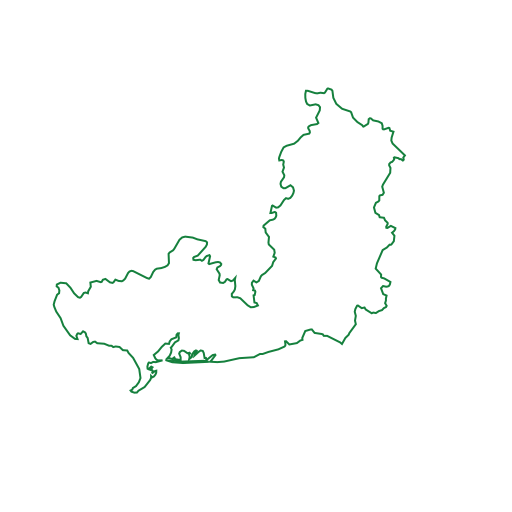 outline of Odessa, rotated 41°
{"feature_id": "UKR-322", "entity_name": "Odessa", "entity_type": "Region", "adm_level": 1, "iso_a3": "UKR", "parent_name": "Ukraine", "parent_adm1": "", "projection": "orthographic", "projection_center": [29.872, 46.718], "detail": "fine", "context": "isolated", "style": "outline", "palette": "green", "viewbox_px": 512, "rotation_deg": 41, "n_neighbors": 0, "source": "natural_earth", "source_scale": "10m", "svg_char_len": 6100}
<svg xmlns="http://www.w3.org/2000/svg" viewBox="0 0 512 512"><g transform="rotate(41 256 256)"><path d="M125.5,409.7L124.4,408.2L126.0,404.4L130.7,401.1L136.8,401.7L143.2,403.5L148.7,403.8L150.5,403.0L150.9,401.6L150.3,396.9L151.3,395.4L153.6,394.4L152.5,392.7L151.5,387.6L148.4,384.7L152.0,379.4L156.0,377.6L156.5,376.7L156.0,374.4L157.4,372.1L163.1,371.7L165.4,370.4L165.7,369.2L165.4,366.1L168.6,365.0L171.3,363.1L171.9,361.5L172.1,359.0L170.6,352.7L170.7,350.7L171.7,348.9L173.2,348.0L188.1,344.2L190.2,343.3L190.4,340.9L188.9,335.5L188.8,332.5L189.5,330.6L192.4,327.3L194.4,324.0L195.4,321.1L195.0,318.5L188.6,311.7L188.5,310.0L189.7,306.1L189.6,304.2L187.6,293.9L188.1,290.4L189.9,287.8L196.2,283.6L200.8,281.9L208.3,277.8L210.1,277.8L211.4,279.5L212.0,282.1L211.8,293.9L209.9,297.4L209.9,298.7L211.3,299.9L213.2,298.8L216.3,295.4L218.3,295.1L218.9,293.5L218.6,289.9L218.8,288.4L220.3,285.9L221.5,286.3L225.0,292.8L226.0,292.8L229.7,287.2L231.3,285.4L233.1,284.5L235.0,284.8L235.5,285.6L235.5,287.2L234.4,290.0L235.0,291.8L240.1,293.3L241.3,294.4L243.6,298.6L246.3,299.6L248.9,297.9L249.5,295.9L249.1,292.9L249.6,292.1L253.7,291.4L254.7,289.6L254.7,286.2L255.8,288.1L260.2,292.3L262.0,295.1L262.5,297.3L262.6,300.5L264.3,302.3L266.0,302.1L269.1,299.3L271.9,298.2L282.0,298.7L285.7,298.1L287.9,295.9L289.9,292.1L287.4,291.1L285.3,292.1L280.0,287.3L280.6,286.3L279.0,283.4L277.9,282.8L276.3,283.7L275.4,282.0L271.7,280.4L270.5,278.9L270.3,276.2L273.6,275.7L274.5,273.0L273.0,268.1L273.0,266.5L274.1,262.8L274.6,252.9L273.0,249.3L272.7,244.8L271.8,244.3L269.5,245.1L268.0,241.3L265.6,239.3L258.1,238.9L256.6,237.7L253.3,233.1L247.9,231.9L245.1,229.3L242.6,229.4L241.8,228.1L243.0,220.0L244.9,217.5L245.6,215.8L245.5,214.0L244.9,212.3L242.8,210.2L241.3,210.4L239.6,213.3L238.7,214.1L235.2,207.7L235.4,207.0L239.5,206.3L240.8,204.8L241.3,201.8L240.4,195.4L240.7,192.7L242.8,191.7L243.8,189.6L243.7,186.7L242.9,183.9L241.8,181.8L238.9,179.9L235.6,180.0L233.7,185.5L232.3,186.8L229.6,187.1L227.2,185.5L226.1,183.6L225.5,178.2L224.4,176.5L220.7,175.0L219.1,170.9L216.6,169.2L215.1,166.6L213.9,166.0L212.5,166.6L210.9,168.6L209.4,167.4L208.7,166.1L206.7,160.8L205.6,155.9L206.8,152.7L211.1,146.2L212.0,141.6L211.9,137.2L212.4,133.4L215.9,128.7L215.6,127.4L214.5,126.4L211.7,125.4L210.9,124.6L210.9,123.2L211.7,121.1L215.5,116.4L215.8,114.7L210.6,112.2L208.6,104.3L206.7,101.7L204.2,101.2L201.5,102.4L197.9,107.1L194.9,107.7L192.4,106.6L189.5,104.3L186.9,101.4L185.3,98.5L186.8,97.3L193.7,94.3L195.5,93.1L197.5,90.5L200.5,88.5L200.8,87.4L200.1,83.0L200.4,82.3L203.8,80.9L205.3,81.2L210.6,85.9L216.8,88.5L224.4,88.4L232.3,85.1L233.5,85.1L238.4,87.9L244.6,88.4L250.4,87.6L251.9,88.0L252.3,87.8L253.8,82.9L253.4,81.7L251.3,78.8L251.6,77.3L252.5,76.8L255.4,76.8L260.1,74.2L263.8,73.3L266.1,74.7L268.0,76.9L268.8,77.0L269.6,76.4L272.0,72.2L272.7,71.9L275.1,73.4L278.2,72.0L280.7,77.7L282.4,80.1L285.3,81.5L302.4,82.4L302.6,85.1L304.3,86.4L304.2,87.6L301.8,87.8L300.7,88.8L299.4,88.7L295.7,90.7L295.6,91.4L296.7,92.1L297.0,93.2L297.0,95.6L296.2,97.1L296.2,99.2L297.0,100.2L299.7,101.3L302.7,105.2L305.0,118.9L305.8,120.9L311.0,124.4L311.4,126.8L309.8,128.9L309.8,129.9L312.6,133.2L312.6,134.6L311.6,137.2L313.2,142.0L317.8,145.1L322.0,144.4L323.9,145.6L327.5,143.2L330.0,144.4L333.5,144.6L334.3,145.3L335.1,148.5L335.9,149.2L336.8,148.6L338.0,144.8L342.9,143.5L343.6,144.7L343.8,146.8L343.4,149.2L347.2,149.9L350.3,154.4L350.6,158.2L350.4,159.1L349.4,159.8L349.2,163.8L347.7,168.4L352.1,182.2L354.6,187.0L362.6,187.9L364.1,189.8L365.0,190.0L367.5,188.8L374.5,187.4L375.6,189.4L376.0,191.1L375.5,192.5L374.4,193.8L371.6,195.3L371.5,198.3L377.0,201.3L380.5,200.2L381.9,202.8L383.3,204.4L384.4,206.9L387.3,207.9L387.6,209.3L386.7,211.4L386.6,214.2L384.9,216.9L383.9,220.4L381.6,221.8L380.9,223.3L373.9,224.4L371.7,223.7L370.0,226.0L365.4,226.5L364.9,227.2L365.8,230.9L367.1,233.3L370.6,235.7L373.1,239.8L376.1,242.0L377.0,252.8L377.6,254.7L377.2,259.2L378.6,266.0L376.2,266.0L362.1,269.6L359.5,271.8L357.8,271.3L356.7,271.8L350.7,275.6L346.3,274.8L345.3,275.8L342.4,280.3L344.7,287.5L346.1,288.8L344.9,290.7L344.0,294.9L339.2,300.9L334.6,300.6L333.9,301.4L336.2,303.4L336.9,304.4L336.9,305.7L334.1,311.8L328.3,320.3L325.3,325.6L323.3,327.3L320.8,333.8L310.5,344.0L301.2,356.6L296.4,361.5L290.7,365.9L290.9,364.3L290.4,357.4L289.8,357.2L288.3,359.2L287.0,366.5L286.3,366.7L285.1,365.8L284.1,366.7L280.2,363.5L278.1,362.6L276.2,363.6L275.6,366.0L274.9,371.8L273.2,369.3L273.7,367.1L273.4,366.4L272.6,366.7L272.0,368.4L272.3,372.1L273.8,374.3L273.2,377.6L272.1,375.6L270.2,374.3L270.1,372.8L269.3,372.6L268.2,374.3L263.9,374.8L262.1,376.0L261.5,378.5L262.1,380.1L265.5,381.8L267.4,384.0L262.7,386.9L260.9,386.1L260.5,387.1L260.9,388.5L257.2,390.1L256.2,391.1L256.3,387.9L255.3,384.6L253.7,382.0L251.8,381.0L252.0,380.1L251.5,374.3L252.8,370.6L251.7,368.6L249.3,366.6L248.5,365.0L247.7,365.7L247.7,367.5L249.2,369.7L246.8,374.3L246.9,377.1L248.0,379.4L245.0,381.6L244.5,386.4L244.7,392.3L243.8,397.8L247.2,399.3L248.8,399.5L250.4,399.2L253.9,396.1L250.0,401.9L247.9,403.4L247.0,405.7L245.1,406.6L245.1,407.7L246.5,410.6L248.1,412.2L249.1,412.0L249.5,408.2L250.9,407.9L251.1,411.2L252.1,410.8L252.0,410.3L253.4,410.4L254.0,410.9L254.4,412.9L255.3,409.0L256.0,408.0L257.3,409.6L257.9,411.5L258.0,413.9L257.3,415.6L255.6,415.4L256.8,416.8L257.5,419.1L257.9,428.0L255.7,434.7L255.7,437.2L253.9,438.9L251.0,440.1L249.6,439.8L250.3,438.0L249.7,436.4L250.8,432.9L250.4,428.1L248.9,423.9L242.0,417.9L230.1,413.5L223.5,412.8L220.8,411.8L217.3,414.4L212.7,414.2L209.5,416.3L208.0,418.4L205.9,418.5L204.0,420.1L199.0,421.8L193.4,426.0L190.7,426.2L189.5,427.7L188.8,430.9L186.9,431.6L182.7,428.3L180.7,427.9L178.5,426.2L177.1,425.8L174.9,426.3L174.8,429.9L172.4,431.1L172.2,432.0L172.8,434.1L175.8,435.8L173.8,437.3L167.8,437.8L156.4,435.0L149.3,431.1L141.7,429.0L137.3,426.8L135.3,425.5L133.7,422.4L131.3,415.7L131.8,413.3L130.2,411.0L127.7,409.5L125.5,409.7ZM266.7,386.8L285.4,369.3L289.7,366.9L271.1,384.7L262.5,391.1L255.9,393.9L262.0,390.2L263.1,387.8L266.7,386.8Z" fill="none" stroke="#15803d" stroke-width="2"/></g></svg>